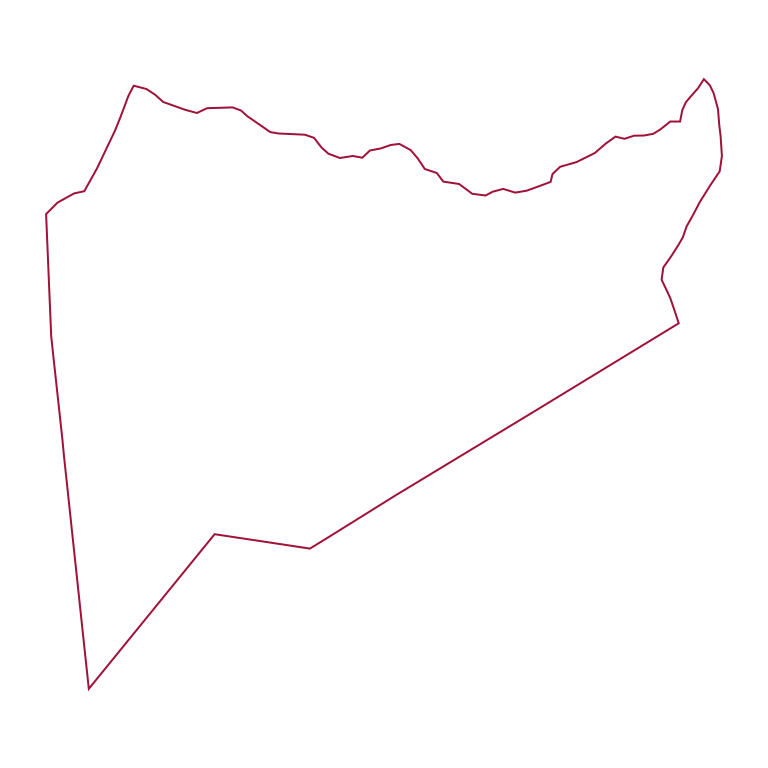 Miranda do Norte, Maranhão, Brazil
{"feature_id": "56859067B705481453329", "entity_name": "Miranda do Norte", "entity_type": "district", "adm_level": 2, "iso_a3": "BRA", "parent_name": "Brazil", "parent_adm1": "Maranhão", "projection": "orthographic", "projection_center": [-44.488, -3.552], "detail": "fine", "context": "isolated", "style": "outline", "palette": "rose", "viewbox_px": 768, "rotation_deg": 0, "n_neighbors": 0, "source": "geoboundaries", "source_scale": "gbopen_adm2", "svg_char_len": 1258}
<svg xmlns="http://www.w3.org/2000/svg" viewBox="0 0 768 768"><path d="M133.7,85.7L128.4,95.9L120.3,117.5L115.2,130.2L97.0,168.4L84.3,191.2L74.2,193.4L66.3,197.7L57.4,202.7L46.1,214.1L51.2,336.2L54.0,362.3L62.4,439.4L63.8,454.3L88.8,688.8L214.6,534.2L309.9,548.6L327.8,537.6L395.5,495.4L532.6,412.4L678.7,323.3L675.3,312.8L670.3,298.2L665.2,287.2L661.6,279.8L663.3,267.5L671.2,256.3L678.4,245.0L682.8,237.4L686.6,226.4L692.8,215.4L700.0,201.7L710.8,184.5L719.7,171.3L721.9,156.0L720.6,136.1L719.2,124.5L718.0,109.1L713.5,92.8L709.9,85.4L703.9,79.2L697.8,88.5L691.1,96.0L685.9,102.2L682.3,110.1L680.1,121.5L670.3,121.5L660.4,129.4L653.3,133.8L644.1,135.5L634.0,135.7L624.5,138.8L615.5,136.6L605.7,143.6L595.0,152.9L576.7,162.0L560.1,166.8L552.5,174.0L550.6,181.9L538.5,186.4L526.6,190.7L515.2,192.6L503.2,188.9L492.7,191.7L485.5,195.5L472.3,193.8L459.1,184.0L443.3,181.6L436.8,173.0L424.8,169.0L417.8,158.5L410.7,150.1L399.3,143.9L390.7,145.0L380.9,148.4L369.9,150.5L362.4,157.7L352.8,156.0L339.9,158.0L328.4,153.7L321.6,147.6L314.0,137.8L304.8,134.7L278.7,133.5L270.3,132.1L247.2,116.1L241.0,110.5L232.6,107.4L207.1,108.2L196.9,113.0L185.5,109.9L175.0,106.2L163.2,102.0L155.1,94.7L146.4,89.0L133.7,85.7Z" fill="none" stroke="#9f1239" stroke-width="2"/></svg>